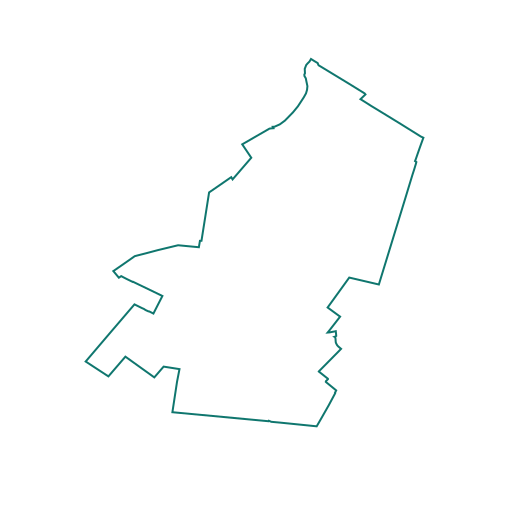 Movilita, Ialomita, Romania (Natural Earth projection), rotated 347°
{"feature_id": "2599482B73561302085915", "entity_name": "Movilita", "entity_type": "district", "adm_level": 2, "iso_a3": "ROU", "parent_name": "Romania", "parent_adm1": "Ialomita", "projection": "natural_earth1", "projection_center": [26.485, 44.626], "detail": "fine", "context": "isolated", "style": "outline", "palette": "teal", "viewbox_px": 512, "rotation_deg": 347, "n_neighbors": 0, "source": "geoboundaries", "source_scale": "gbopen_adm2", "svg_char_len": 1886}
<svg xmlns="http://www.w3.org/2000/svg" viewBox="0 0 512 512"><g transform="rotate(347 256 256)"><path d="M316.8,347.2L315.6,347.2L313.7,347.1L310.6,347.0L308.6,346.7L310.3,345.4L324.3,334.0L321.2,330.4L314.2,322.3L342.0,298.0L369.3,311.4L413.8,234.5L426.8,211.9L429.4,207.6L430.5,205.7L431.4,204.1L432.4,202.4L433.2,200.9L433.4,200.5L433.1,200.1L432.3,199.3L433.6,197.4L434.6,195.8L436.6,192.6L440.4,186.6L441.3,185.2L445.7,178.4L443.4,176.6L426.6,159.8L405.3,138.9L401.9,135.6L396.3,129.9L393.1,126.7L399.0,123.2L398.4,122.0L385.8,109.5L361.3,85.6L360.3,84.7L359.8,84.0L359.7,83.6L359.5,81.9L356.7,79.2L353.9,76.4L352.9,77.5L351.8,78.6L349.7,79.9L347.9,81.2L345.6,84.6L344.8,89.0L343.9,90.1L343.7,91.6L344.5,94.1L344.4,96.6L344.3,102.1L343.1,105.6L341.3,108.8L338.2,112.2L330.5,119.6L324.4,124.3L314.6,130.6L308.8,133.1L303.1,134.2L301.4,133.9L301.7,135.4L299.7,135.1L297.8,134.9L281.1,140.0L267.7,144.1L273.5,159.2L250.4,176.1L249.6,173.6L224.6,183.5L215.1,207.1L206.3,228.9L204.8,228.6L202.3,234.6L182.5,228.0L161.6,228.2L149.7,228.6L140.6,228.8L137.8,228.9L125.7,233.8L113.6,238.6L117.5,246.3L120.1,245.3L124.7,249.2L130.0,253.5L130.3,253.4L155.8,273.9L149.4,281.5L143.1,289.0L139.5,286.0L138.8,285.8L136.2,283.8L134.8,282.3L133.4,281.3L126.7,275.8L96.5,298.1L66.3,320.5L85.1,340.1L106.1,324.7L129.6,351.4L141.1,343.0L156.0,349.0L150.8,360.7L139.4,389.4L231.0,419.8L231.4,419.4L233.6,421.0L242.4,423.9L268.3,432.7L276.8,435.6L278.7,433.6L282.8,429.2L293.3,417.8L302.3,407.5L302.5,406.9L302.4,406.8L303.9,405.0L296.0,394.8L295.7,394.3L295.8,394.1L296.0,393.7L296.8,393.2L298.4,392.2L298.5,392.0L298.4,391.7L291.2,382.7L291.4,382.5L315.4,367.3L318.0,365.6L315.7,362.5L315.0,361.2L314.5,359.4L314.3,358.3L314.4,357.3L314.8,354.9L314.9,353.9L314.9,353.2L314.7,352.8L314.3,352.4L315.3,352.3L316.2,351.9L316.5,349.8L316.8,347.2Z" fill="none" stroke="#0f766e" stroke-width="2"/></g></svg>